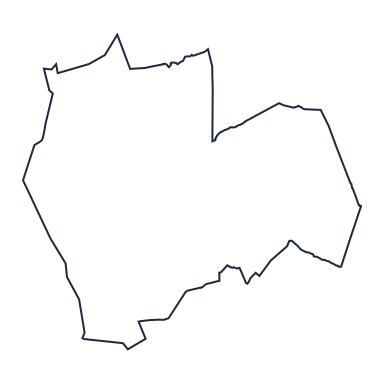 García, Nuevo León, Mexico (Robinson projection)
{"feature_id": "50627088B2977795978715", "entity_name": "García", "entity_type": "district", "adm_level": 2, "iso_a3": "MEX", "parent_name": "Mexico", "parent_adm1": "Nuevo León", "projection": "robinson", "projection_center": [-100.588, 25.805], "detail": "fine", "context": "isolated", "style": "outline", "palette": "slate", "viewbox_px": 384, "rotation_deg": 0, "n_neighbors": 0, "source": "geoboundaries", "source_scale": "gbopen_adm2", "svg_char_len": 5574}
<svg xmlns="http://www.w3.org/2000/svg" viewBox="0 0 384 384"><path d="M123.0,343.2L127.8,349.3L145.6,338.8L138.6,321.6L141.2,321.1L148.8,320.2L157.2,319.7L163.9,319.8L168.6,318.2L180.9,299.2L183.3,295.6L185.4,292.2L186.9,290.9L189.2,290.3L194.6,289.0L196.9,288.5L201.2,287.4L201.3,287.7L201.5,287.6L201.8,287.5L202.1,287.3L202.3,287.2L202.6,287.0L203.1,286.6L204.3,285.5L205.3,284.6L205.7,284.4L205.9,284.3L206.6,284.0L208.6,283.5L211.0,282.9L213.4,282.3L214.9,281.9L217.5,281.2L219.0,280.9L219.4,280.9L219.3,272.9L219.3,272.7L219.5,272.7L220.2,272.5L220.4,272.5L220.8,272.3L221.2,272.2L221.3,272.1L221.4,271.9L221.5,271.8L221.5,271.7L227.3,265.3L227.5,265.4L227.7,265.5L228.3,266.0L228.6,266.2L229.2,266.2L229.3,266.3L229.5,266.5L230.2,267.1L230.4,267.2L230.5,267.2L230.9,267.3L231.1,267.2L232.2,267.7L232.6,267.8L233.7,267.2L237.0,268.5L237.7,268.4L237.9,268.2L238.3,268.1L238.5,268.0L239.0,268.2L239.4,268.0L239.6,267.9L246.0,282.9L246.3,282.9L246.5,283.0L247.1,283.5L247.3,283.7L248.2,282.7L248.7,281.9L249.0,281.4L249.4,280.4L249.7,279.9L250.0,279.0L250.4,278.3L251.1,277.4L251.7,276.9L252.8,275.7L254.1,274.4L255.6,272.8L255.9,273.0L259.5,275.9L259.8,275.4L261.8,272.7L266.2,266.7L266.3,266.6L266.8,266.0L270.1,261.3L270.7,260.7L271.1,260.2L277.1,255.0L278.8,253.5L282.2,250.5L282.3,250.5L283.2,249.7L285.3,247.8L286.4,246.9L286.8,246.5L287.1,246.1L287.3,245.9L287.6,245.1L288.1,243.8L288.7,242.2L288.8,241.9L289.0,241.5L289.2,241.2L289.3,241.0L289.5,240.8L289.8,240.9L290.2,241.0L291.3,240.7L291.7,240.7L297.8,246.0L300.4,249.1L303.0,250.6L306.0,252.1L309.2,252.7L310.8,253.6L312.7,254.0L313.3,254.9L313.6,255.5L313.6,256.0L314.6,256.7L316.0,256.6L317.6,257.1L320.8,258.9L321.4,259.2L321.9,259.7L322.3,259.8L323.3,259.8L324.8,259.9L325.9,260.6L326.8,260.9L327.5,261.0L328.2,261.0L328.9,261.4L331.1,262.8L331.9,263.4L332.8,263.5L334.1,264.2L335.3,265.0L336.0,265.4L336.4,265.6L337.1,265.6L337.5,265.6L337.9,265.8L338.1,266.1L338.2,266.5L338.5,266.7L338.9,266.7L339.1,266.7L339.4,266.6L339.6,266.7L339.8,266.7L340.1,266.8L340.6,266.8L341.1,266.7L349.6,240.5L352.1,232.8L353.6,228.5L355.0,224.2L355.8,221.9L357.4,217.1L359.8,209.9L360.3,208.5L361.0,206.3L360.9,205.9L360.6,205.9L360.4,205.9L360.0,205.9L359.8,205.8L359.3,205.7L359.3,205.1L358.9,205.1L358.7,204.8L358.7,204.7L358.3,203.7L358.2,203.4L358.0,203.1L357.7,202.1L357.3,201.0L356.8,199.9L356.6,199.3L356.5,199.0L356.5,198.5L356.5,198.3L355.8,196.6L354.1,192.2L353.4,190.3L352.8,188.6L352.7,188.5L352.7,188.4L352.3,188.2L352.1,188.1L352.0,187.7L351.8,186.2L351.6,185.5L351.3,183.8L351.3,183.7L351.2,183.6L350.6,183.4L350.2,182.6L349.2,180.0L348.5,178.2L347.4,175.4L347.3,175.1L345.2,169.7L345.1,169.4L345.0,169.2L344.1,166.7L343.5,165.3L343.0,164.0L342.5,162.7L342.4,162.5L341.4,159.8L338.4,152.1L336.6,147.5L328.6,125.8L320.7,109.9L304.3,109.2L302.4,108.3L301.2,107.2L298.6,106.3L298.5,105.9L293.8,107.7L283.8,105.3L279.0,103.2L245.4,121.3L245.4,121.5L245.0,121.7L244.8,121.8L244.7,121.9L244.3,122.2L243.9,122.6L243.4,122.9L243.1,123.1L243.0,123.3L242.7,123.6L242.0,123.9L241.5,124.2L240.9,124.4L240.7,124.5L240.3,124.8L239.9,124.9L239.3,125.1L238.7,125.2L237.9,125.6L237.7,125.7L237.3,125.8L236.9,126.0L236.6,126.4L236.3,126.5L236.1,126.6L235.9,126.7L235.7,126.9L235.4,127.1L235.0,127.2L234.5,127.3L234.2,127.3L233.8,127.4L233.6,127.5L233.3,127.5L233.1,127.4L232.7,127.3L232.4,127.2L232.0,127.2L231.8,127.2L231.6,127.2L231.3,127.2L230.9,127.4L230.5,127.5L230.0,127.5L229.4,128.1L229.2,128.1L228.5,128.5L228.2,128.9L227.8,129.1L227.6,129.2L227.3,129.2L227.1,129.2L226.8,129.3L226.3,129.5L225.6,129.8L225.1,130.0L224.6,130.0L224.4,130.2L224.0,130.5L223.6,130.7L223.2,130.9L222.9,131.1L222.3,131.5L221.9,131.7L221.5,131.8L221.2,131.9L220.8,131.9L220.6,132.1L220.5,132.3L220.3,132.5L219.9,132.8L219.5,133.1L219.2,133.3L219.1,133.6L218.7,133.9L217.7,134.7L217.5,135.1L217.1,135.7L216.6,136.4L215.9,137.7L215.9,138.1L215.5,138.6L215.3,139.0L215.2,139.5L215.4,140.0L214.9,140.4L214.5,140.6L214.0,140.7L213.5,140.7L213.3,140.8L213.1,141.0L212.4,141.3L212.4,140.9L212.7,88.8L212.3,72.8L212.2,66.3L210.0,57.4L208.0,49.2L204.7,51.8L199.3,53.7L193.1,55.8L191.8,54.9L190.8,55.8L190.4,56.2L190.0,56.4L189.7,56.4L188.6,56.3L188.1,56.3L187.6,56.4L187.1,56.5L186.2,56.5L185.7,56.5L185.3,56.6L185.0,56.8L184.6,57.5L184.4,58.0L184.3,58.4L183.9,59.2L183.7,59.5L183.4,60.2L183.3,60.4L183.2,60.5L182.6,61.4L181.9,61.4L181.7,61.4L181.4,61.5L181.1,61.6L180.8,61.7L180.6,61.9L180.4,62.1L179.4,63.0L178.9,63.3L178.3,63.8L178.2,63.8L178.1,64.0L177.9,64.2L177.6,64.2L177.4,64.2L176.7,63.5L176.5,63.2L176.2,63.1L175.9,62.9L175.5,62.9L175.3,62.9L175.0,62.8L174.7,62.7L173.8,62.5L173.4,62.6L173.0,62.6L172.5,62.7L172.3,62.7L172.1,62.8L172.0,62.7L171.9,62.7L171.7,62.6L171.3,62.7L170.9,63.0L170.7,63.3L170.9,64.6L170.8,64.8L170.6,65.1L170.2,65.8L169.9,66.2L169.5,66.6L168.8,67.2L168.6,67.0L167.2,65.0L167.0,64.9L166.8,64.7L166.6,64.6L166.4,64.4L166.1,64.2L165.8,64.1L165.5,64.0L165.1,63.9L164.8,63.8L164.3,63.8L163.9,63.9L163.1,64.0L163.2,64.3L159.3,65.1L155.3,65.8L151.5,66.6L147.6,67.4L144.6,68.0L139.9,68.3L133.1,68.7L130.1,68.9L130.0,68.4L127.5,61.9L117.3,34.7L104.8,55.1L88.8,64.1L58.7,72.9L57.7,73.1L56.1,64.2L51.5,69.5L47.5,69.0L43.9,68.6L49.3,90.3L52.8,93.5L52.3,95.5L45.4,124.3L44.2,131.7L42.8,137.9L41.8,140.3L39.6,142.0L34.8,144.8L34.3,145.5L23.0,180.3L27.4,189.6L28.8,192.5L36.6,209.1L43.7,224.2L50.8,239.2L51.8,240.7L65.6,263.4L67.0,277.1L79.1,299.3L84.6,332.7L82.4,338.1L84.0,339.0L85.2,339.2L85.7,339.2L85.8,339.2L87.5,339.4L89.1,339.6L96.9,340.4L110.0,341.8L123.0,343.2Z" fill="none" stroke="#1e293b" stroke-width="2"/></svg>